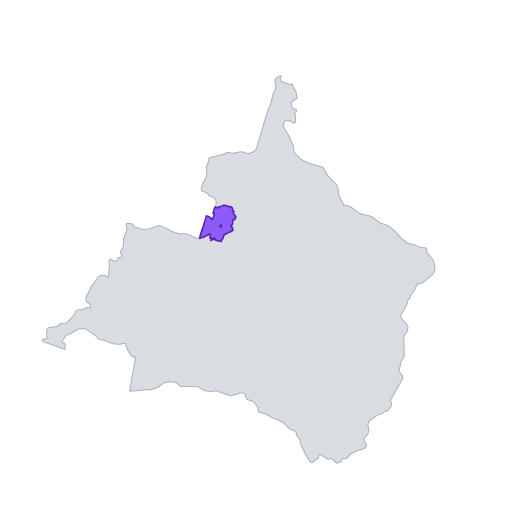 Kamonia, Kasaï-Occidental, Democratic Republic of the Congo (highlighted), rotated 108°
{"feature_id": "63176286B40120828568077", "entity_name": "Kamonia", "entity_type": "district", "adm_level": 2, "iso_a3": "COD", "parent_name": "Democratic Republic of the Congo", "parent_adm1": "Kasaï-Occidental", "projection": "orthographic", "projection_center": [20.742, -6.517], "detail": "fine", "context": "in_parent", "style": "filled", "palette": "violet", "viewbox_px": 512, "rotation_deg": 108, "n_neighbors": 0, "source": "geoboundaries", "source_scale": "gbopen_adm2", "svg_char_len": 8452}
<svg xmlns="http://www.w3.org/2000/svg" viewBox="0 0 512 512"><g transform="rotate(108 256 256)"><path d="M423.7,334.4L389.3,339.3L389.9,341.3L389.6,343.4L388.6,345.0L385.0,349.2L379.8,353.1L379.7,354.1L382.2,358.6L383.7,364.7L383.1,375.4L383.7,378.3L383.5,380.5L381.7,383.0L377.9,395.8L380.1,402.1L386.7,408.0L390.4,412.3L397.0,414.0L398.1,413.8L398.6,410.2L403.9,408.9L403.2,431.8L402.7,433.1L401.8,433.4L400.5,432.6L400.2,430.4L398.8,429.4L392.3,432.1L390.7,432.1L388.9,431.5L387.6,430.4L387.3,428.6L383.0,421.9L380.8,421.4L378.4,415.3L368.3,410.8L364.4,410.4L362.4,409.0L360.5,404.3L357.2,401.2L356.5,397.8L355.8,397.3L353.7,398.0L351.8,403.3L349.5,404.5L345.3,404.6L334.8,402.9L327.3,400.1L325.3,400.3L322.4,397.8L321.2,393.7L321.9,390.5L321.4,390.0L309.8,392.6L307.0,394.2L304.4,393.7L303.6,392.9L304.8,390.7L304.3,388.3L303.4,387.2L300.0,386.3L299.0,383.8L296.9,383.4L296.2,383.8L295.7,385.5L294.4,386.1L287.6,385.2L280.3,387.4L270.8,386.7L266.2,389.4L265.5,389.3L264.5,388.0L263.7,383.6L264.1,382.4L265.6,381.6L266.1,379.8L265.6,375.3L266.0,374.3L265.5,371.7L264.1,367.5L262.1,364.2L257.8,359.1L257.0,356.7L257.3,351.0L258.7,342.0L258.6,335.4L256.8,331.0L256.4,326.3L257.6,317.9L256.5,315.9L234.4,315.2L233.5,314.6L233.1,313.4L234.1,308.4L220.6,309.7L216.6,310.6L214.1,312.7L213.3,315.2L213.2,318.9L211.2,322.4L210.7,328.3L206.9,328.9L203.2,329.0L196.1,327.7L189.1,329.4L185.7,331.0L183.9,330.3L177.6,330.9L176.8,330.5L169.6,318.9L166.4,315.1L165.7,313.2L166.0,311.4L165.1,308.9L161.7,303.0L161.1,300.2L161.2,295.8L160.8,294.4L157.8,290.7L155.8,289.4L153.6,288.8L117.6,289.7L105.7,289.1L97.1,289.8L92.7,289.5L91.5,289.0L87.6,289.8L85.5,291.4L82.4,292.3L80.5,292.0L76.8,287.8L81.8,286.9L82.1,286.5L82.4,276.1L81.0,274.7L83.7,272.9L88.0,268.2L92.2,266.5L92.8,265.6L93.7,265.6L95.3,267.5L99.0,270.0L103.5,267.7L104.0,267.1L104.6,262.6L105.7,262.2L107.7,263.1L108.8,263.1L110.7,261.8L116.6,259.5L118.3,262.3L116.8,264.9L117.5,266.7L117.6,269.6L118.6,270.2L123.2,270.5L124.6,269.8L133.7,259.5L136.0,258.3L139.9,254.2L145.0,252.3L147.2,249.1L150.1,243.3L151.4,235.1L150.9,220.9L151.3,219.0L157.4,212.6L163.8,200.9L168.1,197.9L171.4,196.6L176.4,192.3L180.3,188.1L179.8,182.9L180.7,178.7L182.9,173.3L183.6,167.6L182.8,161.6L183.2,156.7L186.1,148.8L186.4,139.9L189.1,132.3L194.4,122.8L196.9,115.7L196.4,108.7L197.1,103.5L196.8,100.5L195.9,97.9L196.4,96.2L198.4,95.6L200.9,92.9L205.4,86.1L210.2,82.7L213.5,81.7L217.0,81.8L219.3,82.4L223.0,85.0L227.2,87.2L230.4,89.8L233.5,94.0L241.0,94.9L244.2,96.4L246.2,97.0L246.9,96.6L248.4,96.8L252.0,98.1L254.8,97.4L268.7,100.1L270.3,98.8L274.1,91.7L277.0,89.2L281.8,89.0L285.5,90.4L287.4,90.4L304.4,84.4L306.6,84.1L312.8,85.6L316.8,84.7L318.5,85.0L321.9,83.9L324.7,79.7L327.1,78.6L351.5,83.5L355.2,81.3L357.0,81.1L362.4,82.8L364.1,85.5L367.3,87.8L369.7,91.5L373.3,93.7L375.2,95.7L377.3,97.1L381.7,97.7L387.3,94.4L391.3,94.8L395.3,96.7L396.6,96.7L399.6,94.7L401.1,92.6L402.7,92.2L405.0,93.2L407.0,95.2L408.7,98.1L414.8,104.6L420.7,107.4L422.2,111.4L424.3,111.1L425.4,111.5L426.9,114.0L428.0,114.5L428.2,115.6L426.8,117.9L425.4,122.4L427.3,125.2L425.8,129.2L425.0,133.3L426.9,134.4L429.4,134.4L431.7,136.6L433.4,137.0L435.2,139.3L434.9,141.2L429.1,147.9L420.5,156.0L417.6,157.0L416.1,158.5L415.0,160.9L412.5,162.9L410.5,163.7L410.4,169.7L407.4,175.9L406.3,177.2L404.7,187.3L405.0,189.1L403.4,197.4L403.6,205.2L399.4,207.5L396.5,211.3L395.2,213.9L395.2,220.3L390.4,224.1L390.1,224.9L391.2,229.4L393.0,230.2L393.0,231.7L396.9,236.5L396.5,251.3L396.7,252.7L398.7,256.3L399.9,263.0L398.3,271.5L403.4,287.2L401.0,292.9L402.0,298.4L405.0,304.2L412.3,309.9L414.2,312.3L416.0,315.5L417.7,320.4L423.7,334.4Z" fill="#d9dde1" stroke="#a8b0b8" stroke-width="1"/><path d="M217.1,297.4L217.1,297.5L217.3,297.6L217.3,298.0L217.4,298.3L217.4,298.5L217.5,298.7L217.7,298.9L217.7,299.1L217.6,299.3L217.4,299.4L217.4,299.5L217.6,299.6L217.6,300.0L217.6,300.4L217.4,300.4L217.4,300.5L217.5,300.7L217.5,300.8L217.4,300.8L217.5,301.1L217.4,301.2L217.4,301.4L217.4,301.5L217.5,301.5L217.5,301.9L217.5,302.0L217.8,302.6L218.0,302.6L218.1,302.9L218.4,302.9L218.4,303.1L218.6,303.4L218.7,303.6L218.8,303.6L219.0,303.8L219.1,304.0L219.3,304.2L219.4,304.4L219.5,304.4L219.6,304.5L219.7,304.9L219.9,304.9L219.9,305.0L220.1,305.3L220.2,305.5L220.3,305.6L220.5,305.7L220.7,305.9L220.7,306.1L220.9,306.1L220.9,306.3L221.1,306.5L221.2,307.0L221.4,307.0L221.7,307.2L221.8,307.5L221.8,307.9L222.0,307.9L221.9,308.0L222.0,308.1L222.1,308.3L222.1,308.5L222.2,308.8L222.2,309.1L222.3,309.2L222.3,309.3L222.3,309.5L222.4,309.8L222.2,309.9L222.1,310.0L224.3,310.3L227.1,310.2L228.6,310.1L228.7,309.9L228.7,309.6L228.8,309.5L228.9,309.2L228.9,308.8L228.9,308.6L229.6,308.5L231.1,308.6L232.0,308.5L232.3,308.6L232.5,308.5L233.0,308.4L233.3,308.4L234.5,308.5L234.7,308.9L234.7,309.1L234.6,309.3L234.6,309.5L234.5,309.8L234.3,309.9L234.1,310.0L234.0,310.5L233.8,310.9L233.8,311.2L233.7,311.6L233.4,312.1L233.2,312.6L233.2,313.6L233.2,313.8L233.1,314.3L233.2,315.4L233.2,315.6L247.4,315.3L247.5,315.4L248.0,315.4L248.2,315.5L248.2,315.4L248.4,315.5L248.7,315.2L248.9,315.2L249.1,315.1L249.4,315.2L250.9,315.4L253.7,315.2L256.4,315.1L256.6,314.9L256.5,314.7L256.4,314.7L256.0,314.6L255.8,314.2L255.6,314.1L255.3,313.7L255.2,313.7L255.2,313.2L255.0,312.8L255.0,312.5L254.9,312.5L254.7,312.5L254.4,312.3L254.3,312.2L254.2,311.7L254.2,311.4L253.7,311.0L253.6,310.9L253.4,311.0L253.2,310.8L252.9,310.6L252.2,309.9L252.2,309.7L251.9,309.4L251.8,309.1L251.6,308.7L251.4,308.6L251.3,308.4L251.1,308.2L250.3,307.7L250.0,307.3L249.8,307.3L249.7,307.1L249.6,306.9L249.4,306.9L249.4,306.6L249.5,306.5L249.7,306.3L249.8,306.3L250.1,306.3L250.2,306.2L250.4,306.3L250.5,306.3L250.7,306.0L250.8,305.9L251.6,305.4L252.0,305.4L252.4,305.3L252.6,305.3L252.7,305.5L253.1,305.4L253.2,305.1L252.8,304.6L253.0,304.5L253.4,304.8L253.5,304.7L253.3,304.1L253.3,303.9L254.0,303.8L254.4,303.6L255.1,303.6L255.0,303.3L254.8,303.0L254.6,302.9L254.1,302.7L253.9,302.4L253.7,302.3L253.6,302.2L253.5,301.9L253.3,301.6L253.2,301.2L253.1,301.4L252.8,301.6L252.6,301.9L252.3,302.0L252.1,301.9L252.2,301.7L252.2,301.4L252.5,301.1L252.5,300.8L252.1,300.7L252.0,300.2L252.8,300.0L253.2,299.9L253.1,299.7L253.2,299.4L253.2,299.1L253.3,298.8L253.4,298.7L253.4,298.4L253.5,297.7L253.4,297.5L253.4,297.1L253.3,296.9L253.2,296.7L253.1,296.4L253.2,296.1L253.0,295.9L252.9,295.8L252.9,295.7L253.0,295.2L253.0,294.9L252.9,294.7L253.0,294.5L252.9,294.3L252.9,293.6L252.7,293.7L252.4,293.6L251.7,293.6L250.4,293.4L250.1,293.2L249.8,292.9L249.4,292.8L249.2,292.7L248.5,293.1L248.1,293.1L247.7,292.9L247.0,292.7L246.7,292.9L246.2,293.1L245.8,293.0L245.7,292.8L245.5,292.7L245.4,292.7L245.2,292.4L244.9,292.1L244.7,292.0L244.6,291.9L244.5,291.5L244.4,291.4L244.3,291.1L244.2,291.0L244.0,290.9L243.8,290.9L243.6,290.8L243.3,290.4L242.9,290.2L242.6,289.9L242.4,289.7L242.2,289.4L241.7,289.1L241.4,288.6L241.5,288.4L241.3,288.3L241.1,287.7L240.9,287.5L240.4,287.5L240.2,287.4L240.0,287.2L239.9,287.2L239.8,286.8L239.8,286.7L239.5,286.6L239.4,286.4L239.2,286.1L238.8,286.0L238.7,285.9L238.4,286.3L238.2,286.4L237.8,286.5L237.7,286.5L237.5,286.3L237.4,286.3L237.1,286.8L236.6,287.0L236.4,287.3L236.3,287.7L236.0,288.0L235.8,288.1L235.7,288.1L235.5,288.4L235.3,288.3L235.2,288.3L235.2,288.7L235.1,288.8L234.8,288.9L234.9,289.0L234.6,289.0L234.4,288.8L234.1,288.7L233.6,288.4L233.2,288.2L232.1,288.3L231.7,288.3L230.8,288.8L230.5,288.9L230.4,289.0L230.2,289.1L229.6,289.2L229.1,289.0L228.9,289.0L228.8,288.9L228.8,288.4L227.7,287.4L227.4,287.3L226.2,287.3L225.9,287.1L225.3,287.0L225.1,287.1L225.0,287.5L225.1,287.8L224.8,287.9L224.7,288.1L224.4,288.2L224.2,288.3L223.9,288.3L223.9,288.5L223.7,288.8L223.6,289.0L223.5,289.4L223.5,289.6L223.4,289.8L223.1,290.0L223.0,290.3L222.8,290.3L222.7,290.4L222.4,290.5L222.2,290.8L221.6,290.8L221.4,290.9L221.2,290.9L221.1,291.2L220.8,290.9L220.8,291.2L220.5,291.4L220.2,291.6L219.9,291.6L219.7,291.9L219.5,292.1L219.3,292.3L219.0,292.4L218.9,292.6L218.7,292.7L218.5,292.9L218.2,292.9L218.1,293.3L217.8,293.4L217.7,293.7L217.4,293.7L217.2,294.1L217.3,294.4L217.2,294.5L217.1,295.0L216.9,295.2L217.2,295.5L217.3,295.8L217.1,296.1L217.1,296.3L217.3,296.4L217.2,296.6L217.1,296.8L217.0,297.0L217.1,297.4ZM238.6,299.6L238.0,299.6L237.7,299.4L237.4,299.1L237.4,298.8L237.6,298.5L237.7,298.3L238.0,298.2L238.3,298.0L238.5,298.0L238.8,298.0L239.2,298.3L239.3,298.6L239.3,298.8L239.3,299.2L239.2,299.4L239.0,299.5L238.6,299.6Z" fill="#8b5cf6" stroke="#5b21b6" stroke-width="1.5"/></g></svg>